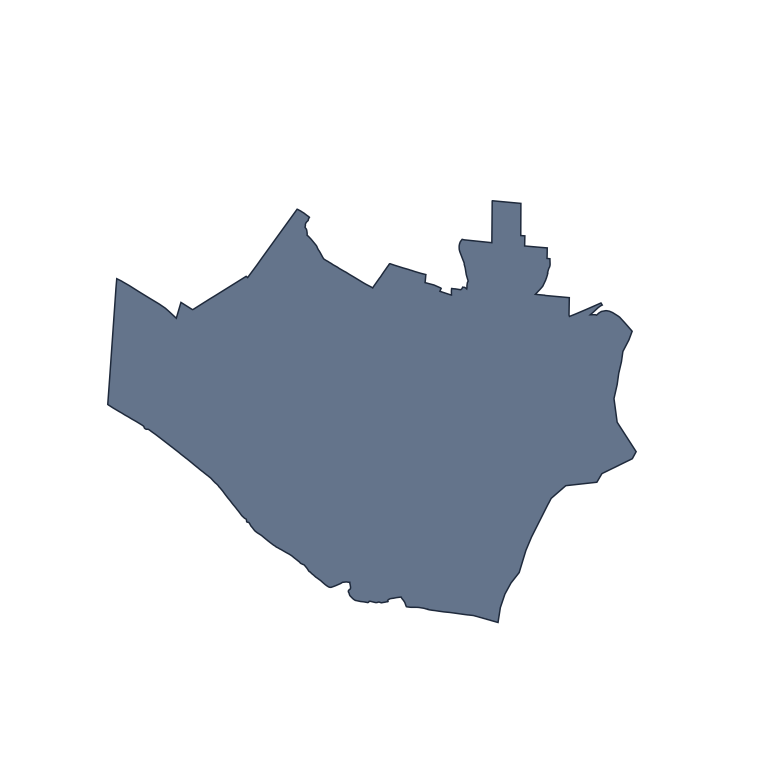 the district of Draganesti-Olt, Olt, Romania, rotated 229°
{"feature_id": "2599482B52429496402051", "entity_name": "Draganesti-Olt", "entity_type": "district", "adm_level": 2, "iso_a3": "ROU", "parent_name": "Romania", "parent_adm1": "Olt", "projection": "natural_earth1", "projection_center": [24.539, 44.174], "detail": "fine", "context": "isolated", "style": "filled", "palette": "slate", "viewbox_px": 768, "rotation_deg": 229, "n_neighbors": 0, "source": "geoboundaries", "source_scale": "gbopen_adm2", "svg_char_len": 6147}
<svg xmlns="http://www.w3.org/2000/svg" viewBox="0 0 768 768"><g transform="rotate(229 384 384)"><path d="M293.4,600.0L293.9,599.4L296.1,595.7L296.6,592.8L296.5,589.6L297.7,588.9L300.9,585.1L300.9,589.4L301.1,595.7L300.9,598.6L300.4,600.5L302.8,600.9L307.7,585.2L311.3,574.1L313.3,568.3L314.7,568.9L327.6,580.5L345.2,563.6L345.5,563.6L351.8,557.6L352.4,557.1L352.7,560.2L353.0,563.4L353.2,565.1L353.6,567.9L355.0,571.1L356.3,574.1L356.9,575.1L357.3,575.9L358.7,578.2L359.4,579.3L360.6,580.4L360.4,580.5L361.1,581.1L361.9,582.3L362.9,583.9L363.2,584.5L363.7,585.8L364.6,587.1L365.5,588.0L369.7,591.4L371.8,589.4L375.8,593.1L379.2,596.1L379.6,596.5L384.2,592.0L395.9,580.7L403.4,587.5L406.3,584.6L430.5,605.8L451.2,586.0L451.1,585.7L419.9,558.1L440.2,539.1L441.9,537.9L441.6,536.3L441.2,534.7L440.1,532.8L438.9,531.3L437.4,530.0L436.1,529.0L434.1,528.0L425.9,525.0L422.7,523.9L421.6,523.0L418.3,521.4L412.5,517.8L409.7,516.5L406.8,515.2L406.4,515.0L406.2,514.4L406.0,513.8L405.7,513.3L404.0,511.3L402.3,509.8L401.5,508.8L402.3,508.7L404.0,508.3L404.2,508.1L405.0,507.3L405.5,506.9L404.9,505.7L404.8,505.3L404.8,503.8L405.9,502.8L406.4,502.4L407.7,501.3L408.8,500.4L410.1,499.1L411.3,498.1L411.7,497.7L411.0,496.9L409.8,495.7L406.9,493.3L407.5,492.8L417.3,487.0L418.2,488.9L418.7,489.9L419.5,489.7L425.9,486.7L433.6,481.5L435.0,483.1L438.4,486.6L439.1,487.4L443.4,484.4L448.9,480.9L450.3,480.1L450.9,479.7L451.4,479.5L452.2,478.9L454.6,477.5L459.0,474.6L467.0,469.7L470.8,467.5L471.1,467.0L470.9,466.0L470.8,465.7L470.6,465.5L470.5,465.2L470.5,464.6L470.4,464.1L469.4,460.2L468.8,457.7L467.9,454.3L467.1,451.5L466.9,450.2L465.7,445.3L464.4,440.0L463.9,438.5L465.3,438.1L471.4,435.7L474.3,434.7L479.7,433.0L485.0,431.3L489.1,429.9L493.2,428.7L495.2,427.9L500.4,426.1L502.8,425.5L507.7,423.7L509.2,423.4L511.8,422.5L513.3,422.1L515.4,421.3L517.5,420.7L518.2,420.6L519.9,420.9L522.1,421.4L524.8,422.0L526.9,422.4L528.3,422.5L529.1,422.7L529.8,422.9L530.6,423.1L531.9,423.6L532.6,423.7L533.7,423.8L541.0,424.0L543.5,423.9L545.6,423.8L546.1,423.6L546.6,423.5L546.8,423.7L548.3,425.0L550.0,426.1L551.0,426.7L551.8,427.0L553.0,427.1L554.0,427.2L554.4,427.6L555.0,428.5L555.5,428.9L556.1,429.4L556.4,429.9L556.9,431.1L557.0,431.7L557.1,432.3L557.1,433.4L557.2,434.1L557.6,434.7L557.9,435.0L558.3,435.6L558.6,436.9L558.7,437.1L560.0,436.9L562.0,436.4L565.6,435.7L567.4,435.1L568.9,434.7L572.4,433.4L572.9,433.1L569.0,416.4L559.2,374.5L557.2,366.3L553.8,350.9L555.7,350.6L561.5,314.2L562.6,307.8L565.5,288.8L565.9,288.2L578.8,284.3L569.9,270.4L579.2,269.4L584.7,268.7L591.9,266.8L603.0,263.2L614.8,259.5L625.5,256.3L631.8,254.1L634.0,253.4L638.8,251.4L632.2,244.6L597.0,209.4L571.5,183.9L549.8,162.1L549.2,162.2L543.4,163.9L539.2,165.3L537.3,165.9L534.3,167.0L530.6,168.1L526.8,169.5L525.2,170.0L523.5,170.5L521.3,171.3L518.5,172.3L511.9,174.4L510.3,174.8L509.8,174.9L509.3,174.8L508.8,174.6L508.4,174.4L508.1,174.3L507.8,174.3L506.9,174.4L506.4,174.6L505.9,174.8L505.4,175.3L504.7,176.2L504.1,176.5L503.2,176.8L500.7,177.3L495.8,178.5L470.8,183.5L466.2,184.4L464.0,184.7L459.6,185.6L458.8,185.7L458.2,185.8L457.6,186.0L455.9,186.3L450.2,187.3L447.0,187.8L438.9,189.2L431.6,190.6L426.8,191.5L424.3,191.6L423.0,191.6L421.5,191.7L419.9,191.8L419.1,192.0L417.2,192.2L415.9,192.2L414.8,192.0L413.9,192.1L412.8,192.1L408.5,192.0L406.6,191.8L404.0,191.6L400.7,191.4L396.2,191.3L395.3,191.2L393.9,191.1L391.7,191.0L389.9,191.0L387.3,190.9L386.1,190.8L383.2,190.7L379.3,190.4L378.3,190.3L377.8,190.3L374.7,190.6L373.8,190.8L372.5,191.3L372.2,191.3L371.9,191.2L371.2,190.7L370.7,190.3L370.3,190.1L369.8,190.0L369.5,190.1L368.6,190.9L368.3,191.0L367.8,191.1L367.3,191.1L366.3,190.9L364.6,190.5L364.2,190.4L363.5,190.4L361.8,190.4L360.5,190.3L359.0,190.2L358.5,190.2L357.7,190.2L356.1,190.5L354.7,190.8L351.4,191.8L349.9,192.2L344.8,193.0L342.6,193.4L341.7,193.5L341.2,193.7L340.3,193.8L337.9,194.3L335.0,194.9L333.2,195.5L332.7,195.5L331.5,195.8L330.8,196.1L329.9,196.5L327.7,197.2L326.9,197.6L325.7,198.0L321.0,199.6L318.1,200.7L316.9,201.1L314.7,201.7L311.5,202.2L305.2,203.4L303.5,203.4L302.9,203.6L302.3,203.9L301.5,204.2L300.8,204.6L300.2,204.9L299.5,205.1L297.8,205.0L296.0,205.0L294.9,204.9L292.9,204.6L292.2,204.5L291.7,204.5L291.3,204.6L291.0,204.7L290.8,204.9L288.9,205.0L287.2,205.2L286.1,205.5L284.5,205.6L283.9,205.8L283.3,205.7L282.8,205.9L280.8,206.4L278.5,206.9L277.4,207.2L274.8,207.5L271.2,208.0L269.9,208.3L269.0,208.5L267.1,209.1L266.3,209.6L265.8,210.0L265.2,210.8L264.7,212.0L263.5,215.2L261.9,220.3L261.7,221.4L261.6,222.5L260.4,224.2L259.3,225.8L259.0,226.0L257.2,227.6L256.8,228.1L255.9,227.4L254.9,226.9L253.6,226.1L252.5,225.4L251.9,224.8L251.6,224.4L251.4,223.9L251.4,223.6L251.6,223.1L251.6,222.7L251.4,222.2L251.4,221.8L251.3,221.5L251.1,221.2L250.7,220.9L250.4,220.7L249.9,220.6L248.7,220.3L248.1,219.9L247.3,219.6L246.4,219.4L243.0,219.6L242.1,219.7L241.1,219.9L240.0,220.2L239.3,220.5L238.6,221.1L235.2,223.6L233.1,225.6L230.5,227.7L229.7,228.3L229.5,228.7L229.4,229.2L229.6,229.8L229.7,230.3L229.0,231.1L224.6,234.2L223.7,235.2L223.2,236.4L222.8,237.1L222.1,237.6L221.5,237.9L220.8,238.3L220.4,238.7L219.7,240.0L219.1,240.9L218.3,242.3L217.9,243.1L217.4,243.7L217.2,244.1L217.2,244.3L217.3,244.5L217.5,244.5L217.9,244.5L218.1,244.5L218.3,245.2L218.4,245.7L218.3,246.2L218.1,247.2L218.0,247.6L217.6,248.3L217.0,249.3L216.1,250.6L214.7,253.1L212.0,257.1L211.7,257.0L210.2,256.8L207.9,256.7L205.6,256.4L203.5,255.6L202.8,255.3L202.1,255.1L201.6,254.9L201.3,254.8L200.8,255.1L198.2,257.4L193.8,262.4L192.4,263.8L190.6,265.3L188.8,266.8L187.5,267.7L186.8,268.1L185.5,269.2L185.4,269.0L184.9,269.3L183.8,270.1L181.2,272.3L179.7,273.7L176.5,276.4L172.6,279.8L168.5,283.7L165.2,286.6L156.7,294.0L154.8,295.7L154.2,296.3L150.6,299.6L129.2,313.6L138.9,325.1L146.1,337.4L150.5,349.3L153.0,362.3L165.3,381.9L171.7,394.9L185.5,428.6L186.3,430.8L188.0,435.1L188.0,454.5L170.2,480.2L173.4,489.7L164.7,522.4L167.5,529.9L202.2,534.9L222.1,548.0L230.6,559.6L238.0,568.1L245.0,577.8L251.8,585.6L256.6,597.8L261.0,605.9L271.4,605.9L279.7,605.7L281.6,605.3L287.9,603.4L291.0,601.9L293.4,600.0Z" fill="#64748b" stroke="#1e293b" stroke-width="1.5"/></g></svg>